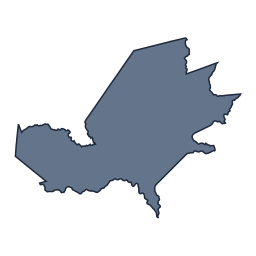 Parnamirim, Pernambuco, Brazil
{"feature_id": "56859067B61443615516540", "entity_name": "Parnamirim", "entity_type": "district", "adm_level": 2, "iso_a3": "BRA", "parent_name": "Brazil", "parent_adm1": "Pernambuco", "projection": "robinson", "projection_center": [-39.739, -8.164], "detail": "fine", "context": "isolated", "style": "filled", "palette": "slate", "viewbox_px": 256, "rotation_deg": 0, "n_neighbors": 0, "source": "geoboundaries", "source_scale": "gbopen_adm2", "svg_char_len": 5149}
<svg xmlns="http://www.w3.org/2000/svg" viewBox="0 0 256 256"><path d="M109.1,86.3L99.3,100.7L85.6,120.4L85.0,121.8L85.1,122.9L85.9,123.7L85.4,125.2L85.4,126.8L85.9,128.2L87.2,130.1L87.9,131.0L88.2,132.0L87.5,133.5L87.7,134.7L88.6,134.7L88.9,136.4L89.9,136.8L90.5,137.3L90.9,138.3L92.0,137.4L92.8,138.6L92.7,140.1L93.3,140.9L93.4,142.3L95.0,143.1L95.4,144.2L94.7,144.1L93.0,144.4L92.7,145.3L90.9,145.3L90.2,144.3L89.3,145.0L87.6,145.9L86.4,145.3L85.4,146.2L82.9,146.0L81.7,146.9L80.1,145.1L78.8,143.9L77.3,144.8L76.1,143.8L75.4,143.4L74.8,142.0L74.1,140.8L73.3,141.5L72.5,141.2L71.2,140.2L71.1,139.1L71.3,137.4L68.8,136.9L68.2,135.6L68.3,134.5L68.7,133.5L69.5,133.3L70.1,132.3L69.6,131.1L67.9,129.9L67.3,130.6L65.4,130.6L65.0,129.6L63.3,128.9L62.5,128.6L61.4,128.7L60.2,130.1L58.0,129.0L57.2,130.1L55.9,130.4L54.4,129.6L53.5,129.8L52.3,129.3L51.0,129.0L50.2,127.2L49.1,125.9L48.3,124.4L46.9,124.2L45.9,124.3L45.2,123.9L43.2,124.7L42.0,125.4L41.2,125.6L40.2,125.3L39.2,125.9L38.1,125.8L37.3,124.8L36.3,125.3L34.9,124.9L34.3,125.6L32.8,126.4L32.0,126.8L31.1,126.8L30.3,126.4L29.4,126.5L28.3,127.0L26.6,128.5L25.8,129.2L24.4,129.7L23.1,130.7L21.7,132.4L21.3,131.6L18.4,124.2L16.9,138.1L16.6,141.7L16.2,145.5L15.4,156.3L20.8,160.7L29.0,167.4L34.1,171.6L35.2,172.4L46.1,181.3L39.6,183.1L40.3,184.6L41.4,184.6L42.8,184.2L44.1,185.2L44.4,186.4L45.2,187.6L44.9,188.7L45.0,190.0L46.2,191.0L47.4,191.8L48.9,191.5L49.7,191.4L50.8,191.6L52.2,191.6L53.6,191.2L54.4,190.2L56.2,189.9L57.3,189.9L58.1,189.6L58.9,190.1L60.1,190.8L60.7,191.7L61.6,192.7L62.6,192.3L63.9,192.3L64.7,191.2L65.2,190.3L65.6,188.6L66.5,187.3L68.6,186.6L69.6,186.9L71.8,188.0L72.6,189.8L74.2,190.4L75.8,191.5L77.3,192.0L79.5,193.7L80.9,193.8L82.7,191.7L84.2,191.2L85.1,190.2L85.9,189.6L87.2,189.6L88.5,190.6L89.7,190.7L90.9,191.2L92.1,190.7L93.4,191.4L94.6,191.3L95.2,191.9L96.2,192.3L97.6,192.3L98.5,191.6L99.9,190.6L101.0,189.3L101.5,188.5L103.8,188.1L105.6,186.1L107.1,185.2L108.7,182.9L110.1,180.7L111.0,180.7L111.8,180.6L113.0,180.1L114.5,178.9L115.7,179.2L117.1,179.7L118.3,179.6L119.9,178.8L121.3,178.9L122.9,180.3L124.3,180.7L126.9,180.0L127.9,181.4L128.4,182.0L129.5,182.4L131.3,182.3L131.7,184.7L132.1,185.6L132.8,186.2L133.8,186.2L134.7,185.2L135.4,183.9L136.5,183.3L137.4,183.6L138.1,184.5L138.1,186.1L138.7,187.7L138.9,192.1L139.5,193.3L140.3,193.7L141.3,193.5L142.1,193.0L142.9,193.2L143.6,193.8L144.3,195.0L144.7,198.2L145.7,199.0L147.9,200.4L146.9,202.5L147.1,203.5L148.0,204.1L149.3,204.6L150.3,205.2L151.3,206.4L153.1,208.6L154.1,209.4L154.9,210.7L155.7,211.7L156.5,213.0L156.6,215.3L156.9,216.6L158.4,218.0L157.9,216.7L157.8,215.7L158.8,213.9L158.9,212.7L158.0,209.3L158.5,208.5L160.3,206.8L160.0,205.6L157.9,203.7L158.4,201.0L159.2,200.1L159.5,199.2L158.7,197.4L158.9,196.4L157.8,195.8L156.7,195.0L155.0,191.5L154.9,190.6L154.8,189.5L154.8,187.2L155.0,186.1L155.7,185.2L156.4,184.3L186.3,154.3L186.9,153.6L188.4,153.3L189.8,153.0L190.8,152.6L191.8,152.8L192.9,152.8L193.7,151.9L194.3,151.0L196.0,151.1L197.1,151.6L198.2,151.9L199.3,151.8L200.4,151.2L201.7,151.1L202.9,151.4L203.4,152.1L204.6,153.0L206.1,153.7L206.9,153.5L207.7,153.2L208.7,153.1L209.8,152.4L211.0,152.0L211.8,151.4L212.5,151.2L213.6,150.5L214.7,150.8L215.1,150.0L214.9,148.8L214.4,147.3L214.1,146.2L213.3,145.5L211.9,145.6L210.5,146.1L209.7,145.2L208.6,145.0L207.3,144.7L206.7,143.8L205.7,143.3L205.0,144.6L204.0,144.1L203.1,143.4L202.0,143.2L200.4,143.3L199.3,143.9L198.4,144.1L197.7,143.5L197.0,142.8L196.2,142.0L195.1,141.2L193.8,140.8L193.1,139.4L192.3,138.1L192.1,136.5L192.3,135.6L192.9,134.7L193.7,133.8L194.5,133.2L199.3,130.9L200.1,130.5L201.5,129.8L210.1,125.6L211.0,125.0L211.9,124.2L212.7,123.2L213.2,121.9L214.3,121.0L216.3,121.1L217.5,121.8L218.5,121.6L219.5,121.3L220.3,122.2L221.0,122.8L221.7,123.3L222.4,123.8L223.5,123.4L224.6,123.3L225.4,123.1L224.8,122.1L224.1,121.3L224.5,120.5L225.1,119.6L224.5,118.0L223.9,116.8L223.8,115.6L224.0,114.6L224.9,114.2L225.8,114.3L226.7,114.6L227.5,114.7L228.0,113.8L228.1,112.3L229.1,111.5L230.0,110.9L229.7,110.1L229.6,109.1L230.6,108.0L231.4,106.5L231.6,105.5L232.4,104.5L232.5,103.2L232.1,101.9L232.4,101.0L233.1,100.3L234.5,100.3L235.3,99.1L236.4,98.4L237.5,97.9L238.6,96.6L239.8,95.6L240.6,94.0L225.9,95.3L224.7,95.5L221.6,95.9L219.9,95.6L218.6,96.2L217.6,96.3L216.7,95.3L215.8,94.8L215.0,94.6L214.0,94.9L212.6,93.6L211.7,92.2L210.5,91.1L209.5,89.5L209.9,88.7L210.4,87.6L210.3,86.1L210.2,85.1L209.4,83.2L209.4,81.6L208.7,80.0L209.0,78.1L209.4,77.2L210.1,76.4L210.7,75.5L211.6,74.9L212.3,72.9L213.0,71.8L213.8,71.1L214.6,69.8L214.9,68.3L215.4,67.2L215.6,65.7L216.0,64.5L216.5,63.8L217.3,62.8L215.4,63.4L198.5,69.6L189.1,73.0L186.3,73.9L186.3,71.6L187.0,70.4L187.1,69.1L186.2,68.5L185.7,67.6L186.3,66.4L185.5,64.9L185.7,64.0L186.4,63.1L186.6,61.8L186.0,60.2L185.1,59.2L184.4,58.0L185.5,57.0L186.2,56.4L187.5,56.0L188.4,54.8L189.2,54.4L189.2,52.8L189.3,51.5L189.4,50.4L188.9,48.7L187.7,47.8L186.9,47.6L186.4,46.2L185.7,45.6L185.4,43.4L185.3,41.9L185.5,40.7L186.3,39.9L187.1,39.7L186.2,38.4L185.4,38.0L170.8,41.4L169.4,41.8L152.3,46.1L133.9,50.7L126.1,61.9L124.5,64.2L117.5,74.4L109.1,86.3Z" fill="#64748b" stroke="#1e293b" stroke-width="1.5"/></svg>